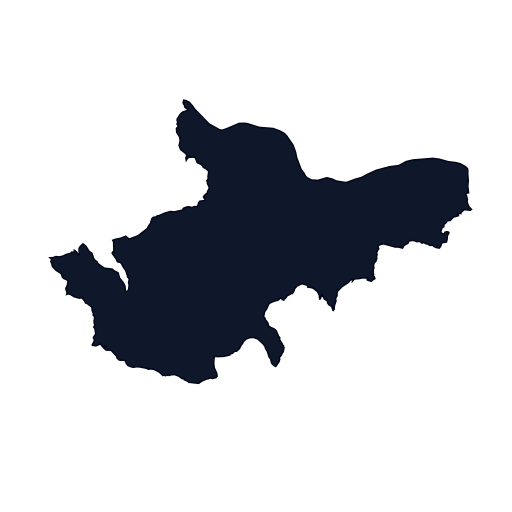 outline of Vetel, Hunedoara, Romania, rotated 12°
{"feature_id": "2599482B75379563819693", "entity_name": "Vetel", "entity_type": "district", "adm_level": 2, "iso_a3": "ROU", "parent_name": "Romania", "parent_adm1": "Hunedoara", "projection": "equal_earth", "projection_center": [22.747, 45.868], "detail": "fine", "context": "isolated", "style": "filled", "palette": "ink", "viewbox_px": 512, "rotation_deg": 12, "n_neighbors": 0, "source": "geoboundaries", "source_scale": "gbopen_adm2", "svg_char_len": 6124}
<svg xmlns="http://www.w3.org/2000/svg" viewBox="0 0 512 512"><g transform="rotate(12 256 256)"><path d="M78.8,332.9L79.8,332.2L82.3,332.1L86.7,333.7L92.0,334.0L94.8,332.8L94.6,333.3L97.6,335.5L99.0,337.4L100.3,337.4L106.0,340.1L107.2,343.6L109.1,346.4L108.9,347.6L110.2,348.5L111.0,349.7L111.1,353.4L111.6,355.1L112.8,357.3L112.0,359.2L113.5,360.4L115.2,364.8L115.3,365.7L113.9,369.5L115.6,372.4L114.3,377.0L114.9,377.4L118.2,377.1L121.7,374.6L125.5,376.1L126.8,376.3L127.2,375.6L128.0,375.8L127.4,376.6L125.2,376.9L128.8,379.2L133.3,378.4L134.3,378.7L140.6,383.1L141.3,384.7L143.3,386.0L144.6,386.2L149.2,385.3L151.1,387.2L151.3,387.9L153.7,389.8L157.4,390.4L159.5,390.3L161.7,389.3L165.2,388.7L172.2,388.6L174.4,389.2L176.0,388.4L179.9,388.1L185.6,389.7L189.7,392.3L191.1,391.6L192.3,391.9L195.0,390.6L196.0,390.9L197.7,389.8L201.1,388.9L205.6,389.6L209.2,391.3L211.1,391.0L211.6,392.0L214.9,392.6L216.5,393.5L226.4,392.5L229.1,389.6L233.2,386.6L235.4,385.7L236.6,384.7L238.9,384.9L242.1,383.3L243.0,381.6L241.9,378.8L238.4,374.0L236.9,369.6L236.0,362.7L236.8,363.0L237.3,362.5L239.2,362.5L245.6,360.8L251.0,358.2L251.6,356.9L253.4,356.0L253.4,355.5L255.1,353.6L256.9,353.1L259.2,349.7L258.7,349.1L259.6,348.2L259.7,347.0L261.2,343.9L261.3,342.7L263.4,339.4L266.4,337.4L270.1,336.2L274.8,336.7L280.8,340.2L283.6,342.5L284.5,344.4L287.1,347.2L289.8,352.1L291.9,353.8L293.2,357.0L293.9,357.9L296.0,359.3L298.1,360.0L298.4,359.7L300.6,354.2L300.6,351.8L299.9,350.7L301.6,347.3L301.5,346.4L302.6,343.9L302.3,343.2L302.6,341.9L302.4,339.7L301.5,338.6L301.5,338.0L300.2,337.2L299.9,336.4L297.2,333.7L296.3,332.3L296.2,330.9L294.8,329.9L291.3,324.9L289.4,323.7L283.5,322.3L282.8,321.4L281.8,321.0L282.2,320.2L281.2,318.7L278.2,316.2L277.8,315.0L276.1,313.9L276.0,308.9L277.4,305.6L278.5,300.5L279.2,299.3L282.4,296.9L286.7,294.6L288.9,292.0L289.7,291.6L290.2,291.6L290.0,292.0L290.7,293.3L291.4,293.0L292.4,293.3L292.4,292.3L293.6,291.3L294.8,288.4L297.6,286.2L298.6,284.9L299.4,285.1L300.4,282.5L300.6,279.9L302.4,276.9L306.6,273.6L311.7,273.9L313.0,274.6L312.8,276.0L313.0,275.4L313.4,275.8L315.4,275.4L318.6,275.6L323.5,278.0L326.0,281.0L327.2,284.8L327.8,284.5L328.3,280.5L328.9,281.5L329.3,281.3L329.1,280.5L329.3,280.5L329.8,281.3L330.0,280.8L330.3,281.2L331.6,283.8L335.0,285.0L335.9,287.1L337.2,288.4L340.6,289.7L342.5,293.1L343.0,293.2L343.1,292.3L343.5,292.0L343.0,288.3L343.6,283.2L342.9,282.2L342.8,280.1L343.6,278.1L343.0,275.7L343.0,273.8L346.4,268.2L351.8,262.7L353.4,259.9L354.7,258.6L355.2,259.6L355.7,259.6L355.7,260.4L356.3,259.5L356.2,259.0L357.1,258.0L362.0,256.5L364.5,255.3L369.2,254.5L370.6,254.9L370.5,255.5L369.7,256.1L370.0,256.4L374.1,256.8L375.2,255.0L376.9,253.6L376.9,253.1L375.5,251.3L374.3,250.5L374.9,249.5L373.9,247.5L374.0,246.8L373.5,246.0L373.8,242.9L372.9,241.2L373.0,238.6L374.4,236.0L374.4,234.3L374.7,233.8L374.0,231.1L374.2,229.3L373.2,227.9L373.6,226.6L373.0,225.8L374.0,225.0L374.6,223.5L373.8,222.7L373.9,221.9L373.2,220.8L373.8,220.0L376.1,218.5L378.4,217.6L390.5,218.3L392.8,217.7L397.7,217.8L398.5,215.2L400.1,213.4L401.9,212.1L402.6,209.5L405.6,208.3L407.6,208.0L410.5,208.6L411.6,208.0L413.2,207.8L415.8,208.9L417.2,207.9L419.1,208.6L421.7,208.7L423.7,209.5L426.7,208.8L428.2,209.8L431.3,210.3L433.7,210.1L434.6,208.2L435.0,204.5L439.4,202.7L439.5,199.7L439.0,196.4L439.9,193.5L439.8,192.9L439.3,192.6L437.8,192.5L435.9,193.4L435.8,195.7L434.1,195.1L432.9,195.5L431.8,194.0L431.8,193.2L432.1,189.4L433.6,188.4L433.3,186.0L435.2,183.7L435.7,181.8L438.6,180.8L441.0,176.9L445.5,174.6L445.7,173.7L444.3,173.2L444.5,172.4L445.4,171.9L447.6,171.9L447.4,170.9L450.1,167.3L455.9,166.8L457.1,165.6L453.8,163.3L451.9,160.4L450.9,158.2L451.1,157.1L449.6,153.6L447.8,151.3L450.8,150.0L448.6,143.5L448.0,138.3L445.9,131.1L445.5,128.6L444.7,126.5L442.0,124.9L436.5,123.3L432.2,123.1L424.5,123.8L415.0,123.2L408.7,123.7L389.6,129.4L383.4,132.3L376.9,137.8L367.7,141.1L355.9,147.1L347.9,153.0L343.0,157.2L336.7,160.5L329.5,165.1L327.4,165.6L318.8,165.9L314.6,164.9L309.0,164.7L300.7,169.2L294.5,170.1L289.7,168.8L287.9,167.6L285.7,165.0L282.0,161.8L275.3,151.3L273.1,146.2L269.3,140.0L260.9,132.0L258.1,130.2L253.9,128.9L246.3,127.7L232.4,129.5L219.8,128.3L217.0,128.6L211.9,129.8L200.4,137.9L196.3,140.1L194.1,140.1L182.6,136.5L165.5,125.1L162.8,122.5L158.9,119.6L155.1,118.5L152.9,118.6L152.8,121.2L153.7,122.6L154.7,123.1L155.2,125.0L159.6,127.4L154.7,130.2L153.5,131.4L152.3,133.4L150.4,138.5L150.6,139.8L151.6,141.1L151.3,143.5L152.5,144.4L153.0,147.1L151.9,147.1L151.7,148.1L152.8,151.6L156.7,155.6L157.9,159.3L157.8,163.9L160.2,167.6L166.2,170.5L167.1,171.8L167.5,171.7L167.0,174.6L167.9,176.9L168.6,175.0L169.7,173.5L173.5,172.4L176.0,172.2L179.1,176.9L183.1,177.8L185.3,179.1L186.0,180.3L188.9,180.9L192.2,183.0L192.5,188.1L193.2,190.6L192.2,192.7L193.3,192.9L193.2,194.8L196.1,198.9L195.9,200.8L195.2,202.7L195.3,204.3L192.9,207.5L192.3,209.2L195.1,212.2L189.7,214.0L188.7,215.9L188.9,217.1L188.6,218.7L187.6,220.2L185.6,220.4L183.1,222.0L180.2,221.7L178.1,222.4L175.2,224.3L174.8,224.8L175.3,226.0L175.0,226.2L166.7,229.9L163.2,230.2L158.3,232.7L153.0,236.5L150.8,237.5L150.3,238.4L147.3,239.7L146.4,241.2L146.0,246.0L144.5,249.4L144.1,251.6L136.8,260.2L134.9,261.7L128.4,265.8L124.5,263.7L119.9,266.8L114.7,269.0L112.6,270.4L113.8,271.9L115.9,280.6L114.8,282.3L114.7,283.2L120.0,288.1L121.5,290.2L122.2,290.6L124.2,290.4L126.0,291.4L128.6,294.6L131.3,297.0L133.0,299.5L133.1,300.3L134.1,301.2L134.6,303.0L136.9,304.9L136.8,308.3L137.9,310.7L138.4,315.1L137.9,316.6L136.5,318.6L135.1,316.0L134.1,312.7L132.1,310.0L127.1,305.9L124.6,301.1L120.1,299.9L118.3,298.7L110.3,299.4L104.2,296.9L102.7,296.0L101.7,294.6L99.6,293.8L97.7,292.2L95.0,287.4L91.6,286.0L87.5,281.7L84.2,280.1L82.2,283.0L81.3,285.2L82.6,290.8L82.2,292.0L79.5,289.2L77.1,288.2L77.4,289.8L77.2,290.3L74.9,290.5L73.9,292.1L70.1,293.9L67.2,296.2L64.1,297.7L60.1,298.2L58.0,299.7L54.9,300.6L56.7,301.6L56.8,302.8L56.3,304.0L57.9,306.0L59.0,308.6L63.5,311.6L69.2,313.8L70.9,316.8L72.7,318.0L76.1,318.7L77.3,319.5L77.6,323.0L76.7,327.3L78.9,331.4L78.8,332.9Z" fill="#0f172a" stroke="#020617" stroke-width="1.5"/></g></svg>